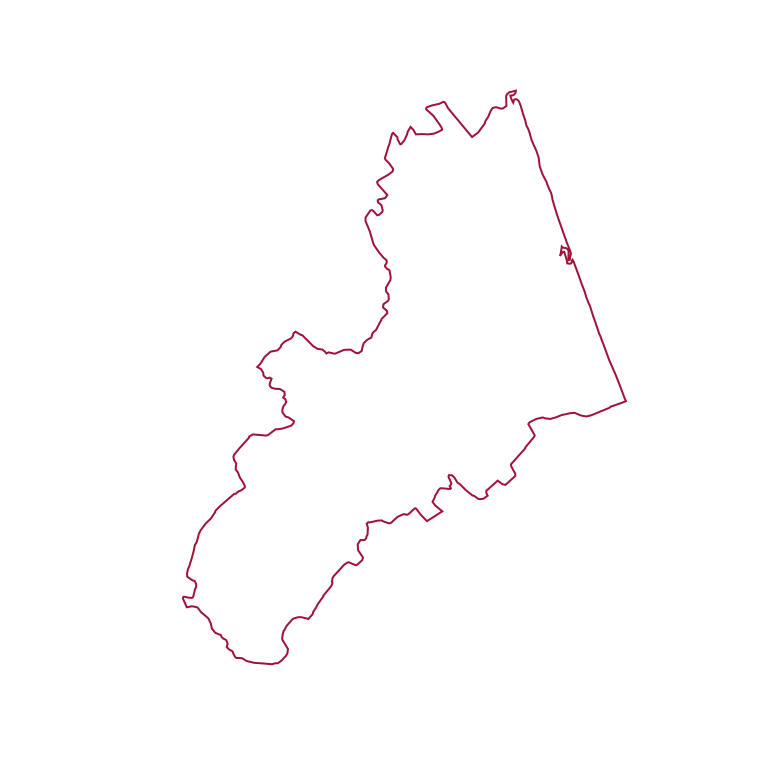 Chiquimulilla, Santa Rosa, Guatemala (orthographic projection), rotated 227°
{"feature_id": "79465075B27028234589447", "entity_name": "Chiquimulilla", "entity_type": "district", "adm_level": 2, "iso_a3": "GTM", "parent_name": "Guatemala", "parent_adm1": "Santa Rosa", "projection": "orthographic", "projection_center": [-90.323, 13.987], "detail": "fine", "context": "isolated", "style": "outline", "palette": "rose", "viewbox_px": 768, "rotation_deg": 227, "n_neighbors": 0, "source": "geoboundaries", "source_scale": "gbopen_adm2", "svg_char_len": 6131}
<svg xmlns="http://www.w3.org/2000/svg" viewBox="0 0 768 768"><g transform="rotate(227 384 384)"><path d="M364.1,90.6L355.2,87.5L352.5,91.8L351.0,93.1L347.7,95.2L342.0,94.6L332.5,95.7L327.1,94.1L322.6,91.4L317.1,90.9L313.3,92.7L311.5,93.5L309.9,92.7L307.5,92.8L304.8,93.9L302.5,93.4L300.7,92.5L299.0,89.6L295.8,89.6L291.6,90.9L289.5,89.9L285.7,88.9L284.2,89.3L280.3,93.2L275.3,94.5L268.6,98.9L262.4,104.7L255.4,111.0L254.7,112.6L253.4,114.7L252.2,115.7L251.6,120.5L252.1,127.3L252.9,129.6L255.6,133.0L265.6,135.1L266.6,135.4L267.3,135.9L270.2,139.5L271.9,142.2L271.9,143.3L273.5,147.7L274.4,156.6L274.1,157.9L273.4,159.5L272.0,162.1L270.4,164.0L268.8,165.2L265.3,167.6L263.7,168.2L264.3,174.7L265.7,177.1L266.8,181.8L268.2,185.4L270.0,194.7L270.6,195.1L271.0,198.5L272.2,207.6L273.7,210.8L274.7,211.0L277.0,213.7L277.8,216.4L279.0,231.7L278.4,235.3L278.0,236.1L277.5,236.7L270.7,239.7L270.1,241.1L270.0,247.9L271.4,250.3L280.1,251.7L284.1,255.0L284.8,255.7L285.9,260.3L283.1,263.5L283.3,265.9L284.4,267.1L285.1,269.3L290.1,274.4L293.7,276.1L293.6,278.2L292.9,278.7L291.0,281.7L288.4,286.2L285.8,289.3L284.4,289.6L278.8,292.5L277.7,294.1L277.6,303.0L276.2,307.7L275.2,309.9L273.1,311.2L272.5,312.0L272.1,313.7L272.1,321.3L271.8,322.1L271.0,322.5L263.1,321.7L254.4,321.9L251.1,339.8L260.1,338.6L264.7,339.1L266.7,344.3L267.3,344.7L268.4,349.3L269.1,350.3L269.4,353.5L268.8,354.8L264.2,358.8L262.2,360.7L262.1,361.8L264.5,362.4L264.6,363.4L264.9,364.5L265.2,365.2L265.8,365.7L271.8,367.7L272.4,368.2L273.1,369.3L271.0,371.4L267.8,371.7L261.9,370.5L258.8,371.2L250.4,371.5L242.0,372.7L240.8,373.6L235.7,374.6L233.9,376.1L232.3,378.5L231.6,383.6L234.7,384.6L236.1,386.0L235.8,401.2L229.7,402.4L227.4,404.0L227.2,417.3L228.9,418.8L237.0,420.9L238.7,422.1L240.6,443.3L241.2,443.9L243.1,458.4L243.9,459.3L254.4,461.8L256.0,462.1L256.6,463.0L256.6,464.7L254.8,470.8L254.3,472.1L251.2,477.4L249.3,478.2L245.0,481.8L242.4,486.9L240.1,492.8L235.7,500.2L233.0,503.7L226.6,506.6L222.3,509.8L219.9,513.9L212.9,532.5L212.9,534.1L208.0,545.2L206.5,549.3L210.0,550.5L224.4,556.4L233.3,559.9L247.9,565.0L263.5,571.6L268.4,573.5L270.7,574.6L274.1,575.7L280.5,578.6L285.5,580.9L291.5,583.5L300.9,588.0L304.7,589.2L309.8,591.3L315.0,593.9L322.4,596.8L331.7,600.9L344.6,606.3L346.4,606.6L346.1,605.5L345.5,604.9L344.9,604.2L344.6,603.1L345.3,601.8L347.3,600.3L348.7,601.4L357.1,605.7L357.9,605.9L358.5,605.2L358.5,604.0L358.1,602.3L357.7,600.0L359.1,602.5L363.3,607.8L362.1,607.8L361.4,608.1L359.9,609.4L359.2,609.8L358.5,610.0L357.4,610.1L356.2,610.0L355.5,609.8L350.4,604.8L349.3,604.0L348.5,603.7L348.2,604.7L349.0,605.7L350.5,607.2L351.5,609.4L353.7,610.6L363.8,614.6L365.8,615.6L367.3,616.1L389.9,626.0L404.0,633.0L405.8,634.2L407.6,635.3L409.0,636.1L410.2,636.7L412.9,637.4L414.3,637.9L418.3,639.4L419.9,640.2L421.6,640.9L426.7,642.2L430.1,643.3L434.8,645.3L436.8,646.2L438.4,647.3L442.5,650.4L444.3,651.6L450.7,654.5L453.6,655.5L456.9,656.5L459.7,657.6L461.6,658.2L468.5,661.8L470.9,662.9L472.5,663.5L473.8,663.9L474.5,664.0L476.1,664.5L480.5,667.1L485.3,669.2L494.6,673.9L497.0,674.8L498.2,675.3L499.5,675.5L501.0,675.4L502.0,675.0L502.8,674.2L503.1,673.4L502.8,672.3L502.1,671.3L501.6,670.4L503.7,670.9L507.1,672.1L508.8,673.2L507.5,674.7L507.0,675.8L507.0,677.0L507.1,678.3L508.0,679.9L508.6,680.5L510.5,677.0L511.9,674.6L512.0,671.7L511.4,669.9L510.3,668.7L509.3,668.0L503.9,663.2L504.4,658.8L506.0,657.1L507.7,656.1L509.1,655.4L510.3,654.3L511.8,651.7L510.8,647.8L508.4,642.6L507.2,637.6L505.8,635.3L503.7,624.3L504.6,616.8L541.8,618.9L548.3,620.6L549.9,619.9L551.1,615.8L555.3,608.5L556.5,605.6L557.1,604.6L557.1,603.6L556.6,602.4L555.8,602.2L546.6,603.0L535.4,601.6L532.5,601.0L531.3,600.6L530.4,600.1L530.5,599.2L530.8,598.0L531.0,596.9L533.0,591.3L536.5,586.5L540.8,582.3L544.8,577.6L549.9,578.8L553.9,578.7L552.3,573.3L550.9,571.3L548.3,565.0L547.7,560.3L548.1,559.4L549.0,559.5L553.9,560.9L555.4,562.1L561.5,561.9L561.5,560.8L560.2,558.4L555.3,550.8L554.8,549.4L548.5,538.6L547.0,538.1L542.2,538.3L535.4,537.4L534.0,536.1L533.6,534.8L534.1,530.0L536.6,519.5L536.5,516.7L534.3,515.7L519.9,515.3L519.2,511.4L522.6,506.0L522.6,504.7L521.0,503.5L516.7,504.1L512.0,501.6L511.1,500.3L511.0,497.5L511.1,495.5L512.0,494.1L517.9,494.2L519.5,493.7L520.2,492.4L518.3,484.0L516.0,481.7L505.3,477.7L494.8,472.4L492.1,471.3L483.1,470.1L477.0,469.8L472.7,470.3L470.8,468.7L470.1,465.8L469.3,464.9L466.1,464.8L463.4,465.6L462.6,464.9L459.3,463.0L457.2,461.4L455.7,459.6L453.1,451.1L450.5,448.7L446.5,448.3L442.7,445.3L442.1,443.9L442.7,437.9L440.6,435.5L435.4,436.0L433.5,434.7L433.2,426.5L432.5,425.5L431.9,423.3L429.0,415.2L429.1,412.4L429.1,410.8L428.7,409.6L426.6,406.5L427.8,401.8L427.7,397.0L425.2,392.7L423.4,390.4L423.9,386.4L426.0,384.6L431.8,383.1L432.5,382.4L436.2,378.1L439.7,368.6L444.9,365.1L445.6,362.7L448.3,362.9L451.4,362.3L455.0,359.4L460.0,358.0L475.6,357.5L476.8,356.6L482.6,355.0L482.8,352.8L482.6,352.0L481.3,350.4L480.7,347.7L481.2,345.4L482.8,340.1L482.6,335.6L481.5,333.6L481.2,329.1L485.0,323.2L485.2,315.2L483.1,307.3L482.9,302.9L478.8,304.2L474.5,303.3L472.3,301.6L468.7,301.9L467.5,302.8L466.5,304.9L464.6,305.4L461.9,300.2L460.2,299.2L457.8,299.2L454.5,301.3L451.5,304.4L446.2,305.8L443.7,304.0L442.8,301.0L440.0,301.5L438.5,300.6L437.6,300.3L436.6,297.7L436.5,295.7L434.9,292.7L434.0,291.6L432.5,290.4L427.4,289.8L424.8,291.3L418.3,292.8L417.1,291.2L416.8,288.0L419.3,282.1L421.2,278.5L423.3,275.5L424.8,273.9L425.8,264.2L426.4,262.9L436.6,253.7L437.5,249.5L436.8,248.5L435.6,234.4L434.5,226.0L433.3,224.1L430.6,222.5L426.7,221.8L423.0,217.5L421.2,217.0L418.9,216.9L413.9,214.8L408.9,214.0L406.9,213.4L404.6,212.8L403.2,211.6L403.5,208.0L404.0,205.8L404.5,205.0L404.7,203.2L404.9,200.6L405.8,199.5L406.5,180.9L406.4,178.0L406.2,174.2L405.5,173.3L403.7,165.7L403.5,158.1L402.0,149.9L400.6,146.2L398.8,143.6L396.1,139.2L395.2,135.8L391.3,130.4L387.9,124.9L384.2,118.5L381.9,113.7L379.6,110.6L377.3,108.7L371.4,109.9L369.0,111.2L365.5,110.1L363.4,107.6L362.8,105.8L358.8,99.9L358.5,99.1L358.4,98.1L358.8,97.4L361.2,95.2L364.7,92.8L365.1,92.1L364.7,91.1L364.1,90.6Z" fill="none" stroke="#9f1239" stroke-width="2"/></g></svg>